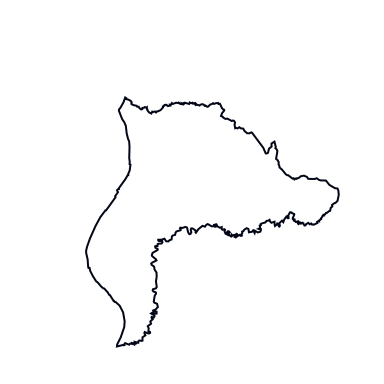 outline of Karawang, Jawa Barat, Indonesia, rotated 245°
{"feature_id": "22746128B53840275251202", "entity_name": "Karawang", "entity_type": "district", "adm_level": 2, "iso_a3": "IDN", "parent_name": "Indonesia", "parent_adm1": "Jawa Barat", "projection": "orthographic", "projection_center": [107.411, -6.265], "detail": "fine", "context": "isolated", "style": "outline", "palette": "ink", "viewbox_px": 384, "rotation_deg": 245, "n_neighbors": 0, "source": "geoboundaries", "source_scale": "gbopen_adm2", "svg_char_len": 6050}
<svg xmlns="http://www.w3.org/2000/svg" viewBox="0 0 384 384"><g transform="rotate(245 192 192)"><path d="M113.8,280.8L114.6,281.8L114.9,284.3L113.0,285.0L113.1,286.7L111.7,287.0L111.5,288.1L110.9,288.5L110.9,292.6L112.1,292.8L112.2,294.1L111.6,294.8L112.5,295.2L112.8,297.5L113.6,297.6L114.1,299.1L115.2,300.2L114.9,301.6L115.8,301.7L115.5,303.1L116.4,304.7L116.1,305.8L116.7,307.7L116.6,309.3L118.9,310.9L119.6,313.1L121.1,313.4L121.7,316.4L121.5,317.5L122.5,320.2L127.4,323.8L131.6,325.3L133.7,325.3L135.0,323.2L140.4,319.5L145.8,318.2L148.1,313.6L149.2,312.3L151.8,310.8L151.8,309.3L152.7,307.1L154.8,302.9L157.0,302.6L159.5,300.4L160.3,297.2L159.6,294.6L160.1,292.8L159.7,292.4L160.4,291.7L160.1,290.1L161.5,289.9L161.6,288.8L166.5,286.3L167.0,285.4L168.4,284.5L174.0,283.1L177.3,281.7L178.6,282.2L180.6,282.2L182.4,283.2L184.8,283.0L186.5,282.2L193.0,286.7L195.1,286.7L196.5,286.1L197.5,287.0L202.8,288.0L202.3,284.5L199.5,283.3L198.8,280.2L195.4,277.4L195.3,276.1L195.8,275.1L201.9,275.3L220.2,271.5L221.0,270.9L220.9,268.8L222.0,266.8L225.0,265.4L227.8,265.2L229.2,263.0L230.7,262.3L230.4,260.1L231.6,258.9L231.6,258.1L235.0,259.0L236.8,260.4L238.6,260.2L239.5,259.4L239.5,258.1L243.5,255.1L244.1,253.2L246.2,251.8L247.3,251.6L248.6,250.4L250.7,252.5L252.2,255.6L253.0,255.9L253.4,255.3L255.2,254.6L260.1,254.6L260.6,253.2L261.6,253.3L262.4,251.2L262.5,249.2L263.6,248.6L263.3,247.1L263.6,245.5L262.6,242.9L262.8,241.8L264.6,240.9L264.4,240.2L264.9,239.8L265.8,239.7L267.1,238.8L267.6,236.5L267.2,235.4L269.2,233.2L269.2,232.1L269.8,231.9L270.1,232.9L271.1,232.7L271.1,231.8L271.7,231.5L271.6,230.3L272.7,230.2L272.8,228.8L274.1,227.8L273.0,226.6L276.1,223.0L276.2,221.5L275.3,222.1L275.1,221.1L276.0,220.9L276.2,220.0L277.1,219.7L276.8,219.3L276.1,219.6L276.6,218.7L278.5,217.8L278.2,217.4L279.6,215.4L279.9,211.8L281.1,211.3L280.0,209.8L280.5,208.9L279.5,208.8L280.1,206.4L281.9,205.6L282.5,203.9L281.9,203.5L281.9,201.8L280.9,201.5L279.5,198.2L279.5,195.2L279.9,194.4L279.3,193.0L280.7,192.4L280.9,190.4L281.6,189.9L280.3,188.3L282.4,186.7L284.9,186.1L285.8,186.5L286.4,186.2L287.9,186.9L287.8,186.2L288.9,185.2L288.6,184.0L289.2,182.7L288.2,182.0L288.3,180.8L290.2,179.8L291.7,179.8L292.6,178.3L293.5,178.3L295.3,175.9L297.2,174.3L298.2,174.6L298.6,175.2L300.3,175.1L302.5,173.5L304.4,171.2L304.9,172.0L305.9,171.4L302.3,167.9L298.3,162.3L298.0,161.2L296.7,160.1L287.5,159.5L284.1,160.1L280.0,160.0L272.8,157.6L267.2,156.5L264.3,156.4L259.0,154.3L249.2,149.4L246.1,148.5L243.6,147.2L242.8,147.8L237.8,144.6L235.1,141.6L234.2,141.4L234.2,140.5L231.7,136.9L226.6,127.7L225.6,127.1L225.9,126.4L225.2,124.7L223.2,124.9L220.7,120.6L219.6,120.5L213.5,109.7L211.6,106.1L211.9,105.7L208.0,98.4L202.2,90.5L193.1,80.0L186.7,73.7L183.5,71.2L181.4,70.3L174.9,68.9L168.2,66.3L167.0,66.1L166.5,67.1L163.6,66.4L157.8,66.6L151.5,67.4L149.7,68.4L144.8,69.7L142.1,70.9L141.6,71.7L136.3,73.3L134.0,73.4L133.1,74.1L126.3,74.9L126.3,75.3L124.9,75.6L124.4,76.4L119.5,78.4L112.1,78.7L103.2,76.3L98.1,73.4L90.4,66.0L85.5,59.8L83.7,58.7L82.5,65.0L82.0,65.2L81.8,66.1L82.6,66.3L83.3,67.5L80.2,70.5L80.8,72.1L79.8,73.3L80.4,73.7L78.6,74.9L79.8,75.2L79.4,76.1L80.4,76.6L79.5,77.3L78.3,77.1L78.5,77.8L79.3,78.1L78.1,79.6L79.4,80.4L79.7,81.5L78.3,83.5L78.2,84.3L81.2,85.7L81.8,89.2L84.3,89.2L85.1,90.0L82.4,92.4L81.9,93.4L82.0,94.5L82.9,94.8L84.2,93.6L86.6,95.1L89.1,95.2L89.9,99.2L92.3,99.5L93.3,102.6L95.3,102.2L95.8,102.7L94.4,104.2L95.3,105.6L96.1,105.7L99.2,103.6L99.5,106.1L97.8,106.1L96.8,108.5L98.5,109.3L100.3,106.8L101.0,106.7L100.9,109.4L102.2,112.5L105.5,113.1L107.6,111.1L108.8,111.0L113.8,114.4L115.0,116.3L115.9,116.8L116.6,116.6L118.0,115.0L119.4,114.7L120.4,115.7L119.9,118.7L120.8,119.9L126.3,121.6L130.0,124.1L134.0,125.8L137.5,125.3L140.5,126.1L142.9,124.7L144.3,124.7L144.8,125.8L145.0,130.9L146.2,130.9L150.7,128.8L151.8,128.9L153.5,130.6L154.0,136.4L154.9,136.8L157.0,135.3L158.3,135.6L158.3,136.5L157.6,137.9L159.2,138.7L159.4,139.5L158.2,142.6L158.8,143.9L160.2,144.2L161.5,141.4L162.3,140.9L163.0,141.2L161.6,144.5L161.3,147.3L158.3,147.7L157.2,149.7L157.8,151.2L157.6,153.4L160.3,155.1L160.7,156.3L160.3,158.6L162.1,159.9L162.8,161.2L162.2,165.5L162.7,165.9L164.3,165.8L164.6,166.4L163.5,167.9L163.2,171.0L162.3,172.2L161.5,172.4L157.3,171.5L155.1,171.7L154.7,172.1L154.7,173.0L155.8,174.4L158.1,174.8L159.3,175.8L158.7,177.1L155.6,179.0L153.9,178.1L153.4,178.3L155.6,182.1L156.9,187.2L155.1,189.1L156.2,191.1L156.3,192.7L152.4,195.5L151.9,197.5L152.9,198.0L152.6,199.9L152.0,199.7L151.6,198.3L151.0,198.0L150.5,198.8L151.4,200.5L150.1,200.5L147.7,202.3L147.6,204.1L146.0,203.3L145.1,203.5L144.7,203.9L144.7,205.5L143.9,206.0L142.4,204.8L140.1,204.8L140.1,205.7L141.3,207.7L140.9,208.7L139.7,209.1L139.5,206.5L138.8,205.8L138.4,206.1L138.7,207.7L138.0,207.8L137.2,207.1L136.6,208.0L135.0,208.7L135.1,209.4L136.5,210.0L135.3,210.4L135.4,211.8L135.0,212.9L134.1,213.0L134.0,212.1L133.4,211.6L132.3,212.4L132.8,213.7L134.7,213.7L135.3,214.6L134.9,215.0L132.8,215.0L133.1,216.8L131.8,217.5L131.3,218.5L131.7,219.0L132.9,219.0L133.6,220.3L134.9,220.7L134.8,222.1L135.7,223.3L136.1,226.3L134.6,227.5L131.4,226.6L130.6,229.4L131.5,231.5L130.7,232.3L129.6,231.3L128.3,231.4L129.4,232.3L129.5,233.2L127.5,234.6L127.2,237.2L128.4,238.4L129.5,238.8L130.0,238.6L130.0,237.2L130.5,236.7L130.5,237.8L131.2,238.8L133.0,239.2L132.9,240.4L133.9,240.7L134.0,242.3L133.4,245.6L134.3,247.3L133.8,249.0L134.0,250.5L132.3,250.3L130.6,250.9L130.2,254.2L127.9,253.2L126.1,252.9L126.8,255.3L127.5,256.0L126.7,256.8L125.3,256.2L124.2,256.2L123.7,256.6L124.3,257.4L126.8,257.9L128.0,261.5L126.1,262.0L128.1,264.0L130.0,267.4L129.8,268.7L128.9,268.2L128.5,267.4L127.7,267.8L127.5,268.4L130.4,269.7L132.2,272.3L131.4,273.6L130.6,273.6L128.9,275.3L128.2,275.1L125.7,272.2L125.0,272.0L124.7,272.5L123.4,272.2L123.5,273.3L121.9,273.0L121.0,273.4L120.6,276.0L118.8,276.5L118.7,276.0L119.5,275.5L119.4,274.7L117.9,274.9L118.3,277.3L116.5,277.4L117.6,277.8L117.5,279.2L116.5,279.8L115.6,279.5L114.0,279.9L113.8,280.8Z" fill="none" stroke="#020617" stroke-width="2"/></g></svg>